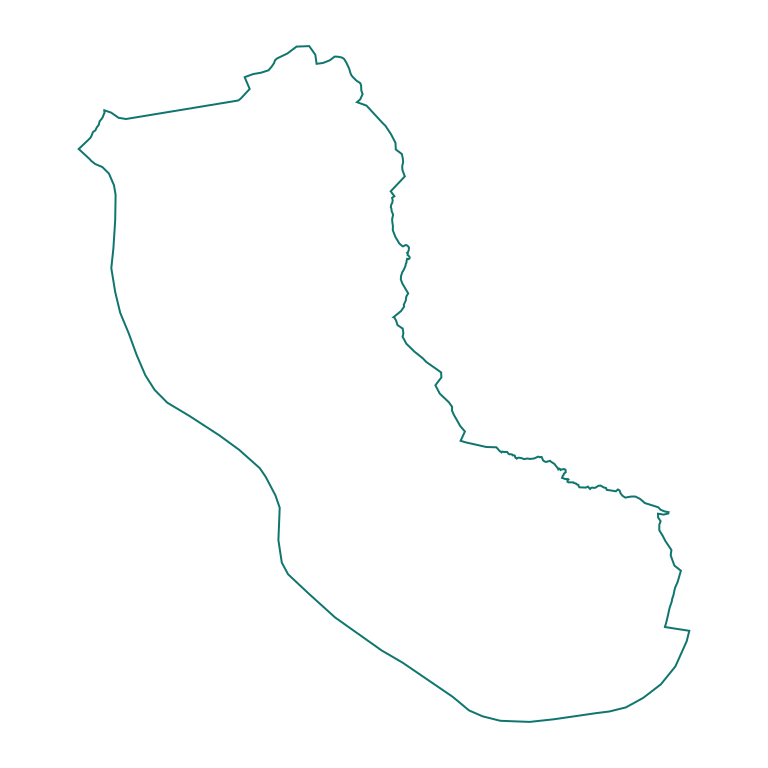 outline of Svinita, Mehedinti, Romania
{"feature_id": "2599482B92352597607392", "entity_name": "Svinita", "entity_type": "district", "adm_level": 2, "iso_a3": "ROU", "parent_name": "Romania", "parent_adm1": "Mehedinti", "projection": "equal_earth", "projection_center": [22.119, 44.547], "detail": "fine", "context": "isolated", "style": "outline", "palette": "teal", "viewbox_px": 768, "rotation_deg": 0, "n_neighbors": 0, "source": "geoboundaries", "source_scale": "gbopen_adm2", "svg_char_len": 4403}
<svg xmlns="http://www.w3.org/2000/svg" viewBox="0 0 768 768"><path d="M403.1,161.2L403.0,160.4L402.7,157.9L401.8,154.0L395.8,149.5L395.5,142.9L391.0,134.2L385.5,125.9L382.4,122.8L379.9,120.1L366.5,105.6L357.0,102.2L360.2,99.4L362.6,94.1L361.3,90.4L361.1,85.4L360.2,83.1L356.5,80.7L352.8,77.0L351.5,75.4L350.5,73.3L349.2,68.7L346.4,62.7L344.1,59.0L342.1,57.6L337.9,56.7L334.7,56.6L334.0,57.1L329.8,60.3L322.9,63.0L316.6,63.8L316.4,62.4L315.3,54.7L309.2,46.1L296.5,46.6L296.0,47.0L287.2,53.6L277.3,58.3L275.1,60.1L274.0,63.2L271.6,66.7L268.5,70.3L261.1,72.7L253.4,74.0L246.4,76.5L244.7,77.2L245.3,78.7L249.7,89.0L246.1,92.8L243.8,95.3L240.9,98.4L238.6,100.3L237.0,100.7L126.0,119.0L118.6,117.8L118.0,117.4L114.3,114.8L111.1,112.6L104.3,110.3L104.3,111.2L104.5,112.8L103.8,114.3L102.8,117.0L102.0,118.4L99.6,121.3L98.7,125.0L96.8,127.4L95.9,129.2L95.8,129.5L95.4,130.3L94.7,130.9L93.6,131.5L92.8,132.4L92.2,134.1L91.5,135.9L90.5,137.7L88.4,139.8L78.7,149.0L90.0,159.4L91.1,160.8L95.3,164.1L102.3,167.0L108.9,173.5L114.0,185.3L115.6,194.9L115.2,220.0L113.4,248.3L111.3,268.1L115.2,292.0L120.2,312.8L128.8,333.5L136.7,355.1L145.3,375.2L154.6,389.9L167.3,402.7L189.5,416.0L219.4,435.4L239.0,449.7L259.8,468.2L265.6,476.7L275.4,495.3L279.7,507.7L278.4,540.2L281.8,562.6L288.1,574.3L308.6,593.5L335.0,617.4L381.7,650.5L402.8,662.8L452.8,696.9L469.0,710.4L482.5,716.3L500.4,720.8L529.6,721.9L553.7,719.3L596.4,713.1L609.3,711.5L625.9,707.4L643.3,697.8L660.9,684.3L675.4,666.4L686.7,641.2L689.3,630.8L684.1,630.0L672.4,628.2L664.9,627.0L665.0,626.4L665.5,625.1L666.3,622.2L667.2,618.5L668.0,615.2L668.9,610.9L669.3,609.3L669.7,607.6L670.5,605.2L671.3,602.9L671.8,601.3L672.0,599.9L672.4,598.2L673.4,595.3L673.6,594.4L674.3,591.0L674.5,589.9L675.3,587.2L676.5,584.5L677.5,582.4L678.2,580.0L680.9,570.7L678.5,568.8L674.4,565.6L671.8,558.5L670.7,555.3L671.4,550.0L666.7,543.0L665.3,540.9L662.7,535.8L659.3,530.3L659.3,524.7L660.6,521.2L658.1,517.5L658.0,513.7L663.6,514.6L668.3,513.5L668.6,512.2L664.5,511.4L660.5,509.7L658.3,507.3L648.6,504.2L644.9,503.1L640.2,499.0L635.3,496.5L631.5,496.5L625.3,497.6L622.8,496.0L620.7,493.6L619.5,490.4L617.9,489.5L616.5,490.7L615.9,491.3L609.9,490.3L606.8,489.9L606.0,488.0L603.8,487.5L600.6,485.6L598.4,485.8L595.4,487.7L594.3,487.9L592.1,487.6L591.1,487.9L590.1,489.0L587.9,486.6L585.9,487.6L579.4,487.3L578.6,486.0L578.4,484.9L577.5,484.6L576.5,484.3L576.2,483.6L573.7,482.9L573.5,482.4L572.4,482.4L570.3,482.3L568.3,482.3L567.5,481.8L567.4,480.3L568.5,479.6L568.1,479.1L565.2,479.0L562.0,477.9L562.8,475.8L563.5,475.1L563.8,473.8L565.8,472.1L565.4,469.6L564.0,469.1L561.8,469.4L560.6,470.0L560.0,469.0L559.1,468.6L558.3,469.4L557.6,468.0L556.2,466.3L554.4,463.9L551.2,461.9L550.0,460.8L548.0,461.4L546.0,462.0L544.1,461.2L543.0,460.2L542.1,458.1L541.8,457.2L541.4,457.0L540.4,457.0L540.0,457.2L539.5,457.2L538.5,456.7L538.0,456.7L536.9,457.2L534.7,458.3L532.5,458.7L529.8,458.9L527.4,458.5L524.1,459.1L521.4,458.1L519.2,457.7L517.9,457.8L516.7,458.6L516.2,457.9L515.6,457.9L515.0,456.8L515.0,456.1L514.6,455.5L513.6,455.2L512.7,455.4L512.1,454.5L510.5,454.2L509.5,454.3L508.4,453.7L507.6,452.6L507.2,452.0L505.4,451.9L504.2,452.1L503.6,451.8L502.4,451.7L501.5,452.4L501.1,452.0L500.8,451.6L499.8,451.2L496.4,447.3L486.3,447.0L478.4,445.2L465.8,442.4L460.6,440.8L463.7,434.1L464.9,431.5L460.2,426.0L455.8,418.2L453.8,414.7L452.0,410.6L452.1,406.8L450.5,404.6L448.9,402.3L439.8,393.7L435.4,385.3L439.4,380.0L441.4,377.4L441.1,372.4L426.3,362.0L422.8,358.3L420.8,356.7L414.4,351.6L406.4,343.8L404.2,339.7L402.6,336.8L403.4,333.2L402.7,328.6L398.7,325.9L397.5,325.1L396.2,320.9L394.4,317.5L393.5,317.2L401.1,311.0L404.1,306.6L403.8,304.7L404.8,302.6L405.8,300.4L406.3,296.5L408.2,293.4L405.2,288.4L402.3,283.4L400.8,279.3L401.1,275.9L402.3,272.1L403.7,270.0L405.5,265.8L405.8,263.8L406.4,262.9L406.6,260.8L407.1,258.8L408.6,259.2L409.5,258.4L409.7,257.3L409.1,256.3L407.6,255.0L407.8,253.7L407.1,252.9L407.9,252.3L408.7,250.2L409.0,247.8L408.2,246.4L407.0,245.4L405.7,245.0L403.4,246.2L402.6,246.3L399.3,243.5L395.4,236.9L393.6,232.3L392.8,230.2L392.9,225.8L392.4,222.7L392.1,219.2L392.6,217.1L393.1,214.6L391.6,211.0L391.5,209.1L390.8,207.0L391.3,204.5L392.2,203.0L392.7,200.5L392.1,197.8L394.4,196.2L390.7,191.3L396.0,185.7L399.8,181.7L404.8,176.4L402.4,170.0L402.3,168.1L402.2,166.2L402.7,164.0L403.2,161.9L403.1,161.2Z" fill="none" stroke="#0f766e" stroke-width="2"/></svg>